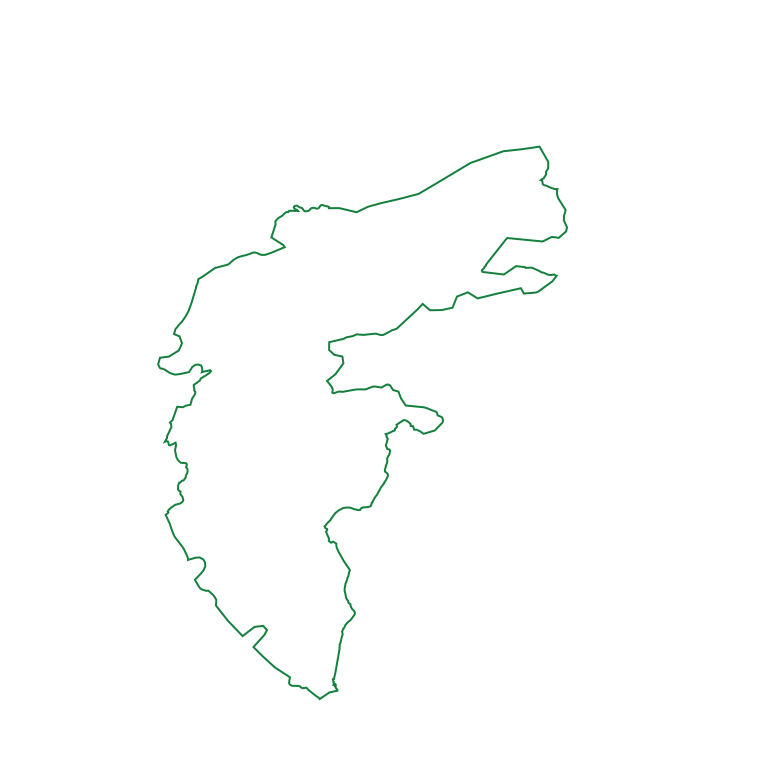 the district of Lower Manya, Eastern, Ghana, rotated 49°
{"feature_id": "2480657B54302337253194", "entity_name": "Lower Manya", "entity_type": "district", "adm_level": 2, "iso_a3": "GHA", "parent_name": "Ghana", "parent_adm1": "Eastern", "projection": "equal_earth", "projection_center": [0.033, 6.213], "detail": "fine", "context": "isolated", "style": "outline", "palette": "green", "viewbox_px": 768, "rotation_deg": 49, "n_neighbors": 0, "source": "geoboundaries", "source_scale": "gbopen_adm2", "svg_char_len": 6165}
<svg xmlns="http://www.w3.org/2000/svg" viewBox="0 0 768 768"><g transform="rotate(49 384 384)"><path d="M502.0,531.8L491.2,530.5L480.6,528.3L476.8,527.2L474.6,525.9L473.1,524.7L469.5,525.9L469.0,528.1L466.3,528.6L464.4,526.9L463.5,526.5L461.4,526.0L457.6,524.7L456.8,522.5L456.2,522.1L454.4,522.8L452.4,522.2L452.4,521.1L451.8,517.9L451.6,513.8L450.8,511.4L449.5,505.6L449.7,500.8L450.8,496.3L451.9,494.3L454.9,490.8L457.5,489.3L459.0,488.7L459.9,487.8L462.0,486.4L463.0,485.3L463.4,484.7L462.8,483.3L463.1,481.3L466.6,476.4L467.3,474.7L467.3,473.8L466.2,471.8L465.7,471.4L465.8,471.1L464.0,466.2L463.4,464.3L463.1,461.9L462.2,460.1L460.9,456.2L460.1,454.3L459.0,449.0L458.7,449.0L457.7,445.2L455.7,440.9L454.1,440.2L451.9,440.4L450.8,440.7L449.3,439.6L447.9,437.3L446.8,436.2L446.5,435.1L444.8,432.5L442.2,430.4L441.1,427.9L440.7,426.2L438.3,423.0L436.7,423.0L435.3,424.2L431.7,423.0L427.7,417.0L426.0,417.0L424.9,416.0L422.9,415.6L424.1,413.1L424.3,411.7L424.9,410.8L425.3,407.8L425.9,407.3L426.1,406.6L425.9,405.9L425.0,405.2L425.0,402.7L424.7,402.1L423.0,401.4L424.1,392.9L425.7,391.5L427.6,390.7L431.4,390.1L433.2,391.4L434.9,389.8L438.2,391.2L440.0,389.3L443.8,387.7L447.6,386.8L452.4,376.2L451.5,365.1L450.2,363.3L448.4,362.4L446.8,362.2L442.8,364.1L441.1,363.0L439.1,362.9L434.5,365.5L431.0,367.1L427.5,369.4L414.5,381.7L405.9,380.6L399.3,378.1L394.4,381.1L389.3,380.3L387.4,381.0L386.3,382.2L384.9,388.4L379.7,392.7L378.6,394.3L375.9,401.6L370.0,408.3L362.7,420.5L360.2,422.8L357.9,428.1L356.6,428.7L354.3,426.1L351.4,425.3L344.3,425.0L344.8,414.3L341.8,401.1L336.0,397.4L329.3,402.4L322.3,403.1L316.5,397.9L323.5,384.7L324.1,381.8L327.4,376.1L328.5,372.2L333.7,367.0L339.0,359.3L340.8,357.0L345.1,354.2L346.4,352.5L347.2,349.5L348.7,342.6L350.6,338.4L349.7,309.6L348.9,302.3L358.5,300.9L366.1,291.9L371.4,282.2L365.9,271.6L369.8,260.6L380.8,257.2L390.0,239.4L401.5,217.9L407.5,219.1L414.3,209.8L415.4,207.6L417.0,189.5L415.6,182.7L415.1,183.2L413.4,183.5L412.5,184.4L411.6,186.1L410.2,187.6L408.6,188.7L404.9,190.4L402.8,192.0L400.9,192.5L394.4,195.5L392.7,196.6L389.8,200.3L389.1,201.0L388.3,200.9L381.7,207.0L380.0,221.7L364.1,236.1L362.4,235.6L362.2,232.3L361.5,231.1L361.4,229.1L360.9,228.8L360.8,228.4L354.9,197.2L354.7,195.2L380.3,171.0L380.7,170.1L383.0,161.2L383.3,160.6L388.4,156.2L388.3,146.4L385.8,143.1L378.5,140.9L375.3,138.0L372.0,132.8L358.3,130.7L355.5,129.6L351.6,126.8L350.7,125.2L348.9,127.3L343.3,130.4L341.9,130.8L338.4,133.0L337.1,132.9L334.1,131.1L333.0,131.9L332.9,131.0L333.1,130.5L333.5,128.6L332.3,124.5L331.8,123.7L330.5,122.9L330.1,122.2L329.1,119.0L328.0,117.7L324.1,114.3L306.9,110.9L297.7,125.3L286.6,141.3L273.9,173.8L266.6,214.9L263.2,233.2L254.4,251.0L245.6,267.5L239.8,279.6L236.4,292.0L222.0,302.3L215.2,310.2L214.4,309.4L213.5,309.7L210.2,312.1L208.5,313.0L207.8,314.0L207.7,315.3L208.2,316.6L208.4,317.9L208.0,319.0L207.3,320.0L205.8,320.7L204.5,321.9L203.9,322.9L203.6,324.2L203.9,326.3L203.7,327.6L202.6,329.4L201.4,330.7L197.4,330.4L195.0,331.9L192.7,332.4L191.9,333.1L191.2,334.3L191.1,335.7L191.7,336.3L192.6,336.5L194.1,336.3L195.4,335.4L197.0,335.4L191.1,341.8L191.4,343.4L190.4,344.7L190.0,345.6L190.2,350.6L189.5,354.7L189.5,356.5L190.1,359.4L192.4,361.1L199.5,372.8L213.0,368.9L215.6,369.2L210.8,383.6L208.6,388.9L206.7,391.2L205.8,392.0L204.1,393.0L201.9,393.8L199.5,395.7L198.7,397.0L197.9,399.6L196.1,403.9L194.4,406.9L192.5,411.3L191.6,416.0L191.7,422.1L191.3,423.9L185.6,435.4L184.2,448.9L183.1,455.3L185.6,458.6L187.1,461.7L188.3,463.1L196.1,475.4L200.7,483.6L202.8,489.4L204.3,495.1L204.8,499.8L205.8,505.5L208.6,509.7L214.0,507.0L220.8,509.8L224.1,516.8L222.2,528.4L217.2,535.8L221.0,541.6L224.6,542.6L226.0,542.2L227.1,541.2L229.0,540.2L235.7,538.2L239.8,535.6L242.7,531.4L247.1,523.3L245.4,517.5L245.8,513.9L247.5,511.3L250.1,509.9L252.2,510.6L254.8,512.4L255.6,513.7L256.5,511.7L259.6,506.1L260.9,506.2L261.1,508.7L260.7,512.6L259.6,518.8L260.6,520.5L259.9,528.2L261.4,529.4L263.4,530.4L264.2,531.4L266.4,531.6L267.9,533.9L269.2,538.5L272.7,543.7L270.4,547.7L269.6,551.0L265.5,555.0L272.6,567.4L272.7,570.9L274.4,570.9L276.9,572.7L277.4,573.3L277.8,574.7L279.3,577.7L280.9,581.8L282.4,583.2L283.9,587.3L284.4,585.9L285.4,584.9L286.3,584.9L288.2,586.1L289.1,586.3L289.9,585.8L290.5,584.1L291.5,579.8L293.8,581.1L296.9,585.2L303.1,588.7L306.3,589.5L310.0,589.1L314.0,585.3L315.2,585.5L315.9,586.0L316.6,587.7L317.0,588.0L319.0,588.0L319.8,588.5L321.5,590.0L322.2,591.2L323.2,593.7L324.3,594.8L324.7,596.0L325.2,598.1L325.2,598.8L324.5,599.8L324.4,600.3L324.7,602.4L324.1,603.4L325.6,606.0L327.3,607.4L328.1,608.5L330.3,608.7L331.7,608.2L333.1,609.7L334.7,610.1L336.8,610.1L339.8,611.5L340.2,612.0L340.7,613.6L340.6,615.0L340.2,616.8L338.2,620.8L337.6,626.2L337.7,628.3L338.2,630.8L339.4,630.9L339.7,631.4L339.5,634.6L349.0,637.4L354.2,639.6L360.3,641.8L363.3,642.3L374.1,642.9L377.5,643.4L384.8,645.4L387.4,646.6L388.2,647.3L391.5,640.1L394.0,636.9L397.8,635.5L401.3,636.1L404.3,638.5L406.1,642.1L406.9,645.9L407.7,655.2L416.6,656.8L417.4,656.7L419.6,656.3L423.5,653.8L424.8,652.1L431.1,651.4L433.3,651.5L436.6,652.1L438.6,653.7L440.4,655.7L441.1,656.2L460.2,657.1L481.5,656.1L482.4,641.0L487.4,633.8L493.0,633.8L494.9,639.0L496.9,655.1L509.8,654.2L526.4,652.3L543.6,647.4L547.3,651.8L548.7,652.2L550.1,652.0L551.6,651.2L556.0,646.4L557.0,645.9L560.0,645.3L562.4,641.7L565.0,641.8L575.2,639.9L578.1,639.1L579.6,639.2L581.0,627.5L584.9,620.3L583.9,619.7L582.6,619.9L581.4,619.6L579.1,617.6L578.5,617.7L578.9,618.5L579.4,619.0L579.4,619.3L577.9,618.7L577.9,619.2L577.8,619.4L577.0,618.3L576.3,618.1L575.9,617.3L574.8,617.2L573.2,616.2L573.2,615.7L573.7,615.2L570.4,610.6L554.6,591.1L553.8,590.7L553.3,589.8L551.5,588.4L550.8,586.5L550.1,586.1L549.8,585.2L546.7,581.2L546.0,579.6L545.4,579.1L543.4,578.2L543.3,577.6L542.2,575.8L541.8,573.8L540.6,571.3L540.0,567.3L540.2,565.3L540.1,563.5L538.7,557.5L537.6,556.0L535.8,555.4L533.0,555.7L531.5,555.4L529.8,554.9L528.1,553.8L525.8,554.3L524.0,553.4L520.7,553.1L517.3,550.9L514.2,549.4L512.7,548.0L509.3,543.9L508.9,542.7L507.9,541.2L507.5,540.0L506.3,538.9L505.5,536.6L504.1,535.2L502.0,531.8Z" fill="none" stroke="#15803d" stroke-width="2"/></g></svg>